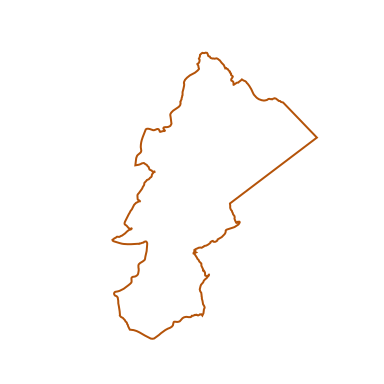 Turkana Central, Rift Valley, Kenya, rotated 53°
{"feature_id": "3690345B27917723778047", "entity_name": "Turkana Central", "entity_type": "district", "adm_level": 2, "iso_a3": "KEN", "parent_name": "Kenya", "parent_adm1": "Rift Valley", "projection": "mercator", "projection_center": [35.914, 3.132], "detail": "fine", "context": "isolated", "style": "outline", "palette": "amber", "viewbox_px": 384, "rotation_deg": 53, "n_neighbors": 0, "source": "geoboundaries", "source_scale": "gbopen_adm2", "svg_char_len": 6021}
<svg xmlns="http://www.w3.org/2000/svg" viewBox="0 0 384 384"><g transform="rotate(53 192 192)"><path d="M224.0,168.6L223.7,59.5L175.9,65.3L175.5,65.3L173.5,66.8L172.4,66.9L171.3,68.0L170.5,68.0L169.5,68.4L168.3,68.6L166.9,69.5L166.8,70.1L166.4,70.7L166.2,72.3L165.6,72.6L165.4,73.1L165.0,73.5L164.4,73.9L163.7,74.9L163.6,76.8L162.8,78.6L162.2,79.6L160.5,81.2L158.0,82.8L156.0,83.5L155.0,83.7L151.4,84.0L149.2,83.6L145.6,82.8L141.6,82.4L138.9,82.4L138.2,82.6L136.6,82.5L135.3,82.9L133.9,83.8L132.1,84.4L132.3,85.8L132.3,88.4L132.5,89.1L131.7,90.4L131.5,94.2L131.3,94.3L130.3,93.5L129.0,92.8L127.9,92.9L126.8,93.5L126.1,93.3L125.5,92.7L124.8,90.7L124.4,90.0L123.7,89.9L122.5,90.3L121.8,90.3L121.2,89.7L120.8,89.5L119.7,89.8L119.0,89.7L118.6,89.2L117.0,89.6L115.3,89.5L114.4,90.1L113.5,90.1L113.2,90.4L113.2,91.0L109.7,90.2L106.6,90.6L103.5,90.6L102.5,91.0L101.7,91.1L100.2,91.8L100.0,92.0L99.1,93.8L98.1,94.7L97.7,95.4L96.2,96.4L95.6,96.5L94.6,96.3L94.3,96.4L93.5,97.1L93.0,97.1L91.1,96.4L89.9,96.3L88.9,97.3L88.6,98.4L88.0,99.2L87.1,100.0L87.1,101.4L87.3,103.1L88.3,103.9L89.2,105.2L89.7,106.3L91.1,106.4L92.4,107.7L93.0,108.9L93.0,110.7L93.5,110.9L94.4,110.8L95.0,111.0L96.5,111.8L97.7,112.2L98.0,112.5L98.4,114.5L98.5,117.9L97.6,123.4L97.7,127.2L98.2,130.0L99.2,131.9L100.0,132.8L100.3,133.0L101.0,133.2L102.3,134.3L104.4,136.7L106.5,139.4L109.0,141.3L109.3,142.0L110.0,142.6L110.7,143.7L111.8,144.7L112.2,145.8L112.7,146.3L112.9,147.0L113.6,147.3L113.9,147.7L114.5,147.9L115.5,149.2L116.0,150.9L116.0,152.4L115.7,158.2L116.1,160.8L116.8,162.4L117.4,163.0L119.5,164.1L125.1,167.3L125.5,168.0L126.1,169.4L126.1,170.2L125.7,171.8L125.2,172.8L124.0,174.5L123.5,175.6L123.6,176.1L123.9,176.5L124.3,176.7L126.6,176.7L126.8,177.1L126.6,177.6L125.9,178.5L124.9,181.1L124.7,181.3L124.4,181.4L123.6,181.0L121.8,180.9L121.1,181.4L120.6,182.3L120.1,184.3L119.7,185.3L119.3,185.8L116.6,187.6L115.4,188.6L114.6,189.6L114.3,190.2L114.2,190.7L114.2,191.3L118.5,198.3L120.3,200.9L121.8,202.7L123.4,204.3L125.3,205.9L128.4,207.6L128.9,208.1L129.4,208.9L129.6,209.8L129.8,213.2L130.1,214.2L131.4,216.2L136.6,221.2L138.2,218.1L138.8,216.2L138.9,215.0L139.6,213.5L139.9,213.0L141.9,212.4L142.9,211.9L143.4,211.8L144.5,211.9L145.9,211.6L148.4,212.4L148.7,212.3L149.6,211.9L150.5,211.3L151.7,211.3L152.5,210.7L153.0,209.7L153.4,209.8L153.2,210.6L153.8,213.1L154.3,213.9L155.0,214.5L155.5,215.5L155.4,216.9L155.7,218.0L155.8,219.0L155.3,220.7L155.7,222.2L156.0,224.3L156.3,224.8L157.1,225.5L157.7,226.3L158.4,228.3L159.3,229.8L160.9,235.0L161.2,236.5L161.5,237.2L162.1,237.8L165.0,239.7L165.8,239.8L167.0,239.2L168.0,239.1L168.1,239.3L167.6,239.9L167.4,240.4L167.4,241.3L167.0,243.2L167.4,245.9L168.8,248.8L169.6,250.3L170.2,252.6L171.2,254.6L171.6,255.7L175.4,263.4L176.2,264.5L176.7,264.9L177.2,265.1L177.7,265.1L179.6,264.5L182.7,264.3L183.3,264.1L184.1,263.5L184.5,263.0L184.7,262.2L184.9,262.2L185.0,262.3L185.1,263.5L184.5,264.7L184.4,265.8L184.4,267.4L184.8,270.5L184.7,274.2L184.3,275.5L184.2,276.9L183.7,277.6L183.1,278.2L182.6,278.8L182.6,279.2L182.6,280.6L182.3,281.9L182.4,283.0L182.3,284.3L182.5,284.4L183.1,284.6L183.7,284.4L184.5,284.0L189.3,280.5L191.2,279.0L192.5,277.7L194.8,275.0L196.8,272.4L201.1,265.9L201.6,265.6L201.6,264.7L202.0,264.3L202.7,262.1L203.1,261.4L203.2,260.9L203.0,260.1L203.7,258.6L204.3,258.3L205.7,258.5L206.5,259.0L211.9,263.8L215.7,268.3L217.2,269.8L217.7,270.6L217.8,271.7L217.8,273.2L217.5,276.1L217.7,278.0L218.3,278.9L218.8,279.3L220.5,280.5L221.1,280.7L222.6,281.8L224.5,283.8L225.1,284.6L225.3,285.0L225.5,286.1L225.4,287.8L225.0,288.8L224.1,290.4L224.0,291.3L224.1,291.8L224.6,292.4L227.0,294.0L227.8,294.9L228.1,296.5L228.2,298.9L228.2,304.8L227.4,309.2L226.8,310.9L225.6,313.3L225.5,314.0L225.6,314.4L226.0,315.2L227.1,315.8L228.4,315.8L229.9,314.9L231.5,314.8L234.5,316.4L236.6,317.9L239.1,319.1L243.6,321.5L246.8,323.5L247.2,324.0L248.4,324.0L249.1,323.9L251.0,323.0L251.4,323.0L254.1,322.7L255.4,323.0L256.5,322.7L257.4,322.8L258.7,323.3L259.3,323.2L260.8,323.8L264.5,324.5L267.2,321.7L269.7,319.9L272.6,318.4L278.3,316.0L283.5,313.5L284.3,313.1L285.5,311.8L286.2,310.4L286.3,304.4L286.1,301.8L286.2,296.3L286.6,293.6L287.3,291.0L287.4,289.0L287.0,287.5L285.2,285.4L284.9,284.9L284.9,284.3L285.4,283.6L286.7,282.2L287.2,281.5L287.7,280.3L287.9,279.5L287.1,275.6L287.2,274.1L287.8,272.5L288.5,271.4L290.1,269.8L291.0,268.5L291.2,267.5L290.7,266.7L291.4,265.8L291.8,264.4L291.7,264.0L292.5,263.1L292.4,262.7L292.5,262.5L292.9,262.5L293.3,261.9L294.2,261.5L294.5,260.3L294.5,259.2L295.1,258.8L295.2,258.2L295.6,258.1L296.9,258.1L295.7,255.8L292.8,253.0L292.4,252.1L291.7,251.3L290.4,250.9L288.3,250.7L285.4,249.2L283.1,248.3L281.7,247.3L281.0,247.1L280.4,246.6L278.1,245.3L276.3,245.2L274.4,244.4L272.2,241.7L271.5,240.5L270.9,237.5L270.0,236.0L269.8,235.2L269.6,233.8L269.6,232.2L269.1,230.6L269.0,229.5L268.6,228.5L268.3,228.2L268.2,228.2L268.2,228.5L268.5,229.2L268.5,229.8L268.3,230.7L267.5,231.3L266.6,231.7L263.9,230.0L263.0,230.1L262.4,229.8L261.9,229.8L261.8,230.4L261.4,230.5L260.1,229.6L256.6,228.9L254.7,227.6L251.9,228.0L250.0,227.6L248.8,227.9L247.4,227.6L243.3,227.3L242.8,227.4L242.1,227.8L241.9,227.7L242.4,226.6L242.7,225.1L241.8,225.5L241.1,226.3L240.9,226.0L241.0,225.0L240.9,224.8L240.2,225.2L239.9,225.2L239.7,225.0L239.9,223.0L240.3,221.6L240.5,220.3L241.4,218.7L242.4,217.8L242.4,216.4L242.7,215.8L242.5,214.6L243.2,213.3L243.4,212.7L243.7,210.7L243.7,208.7L243.6,207.9L243.1,207.3L243.3,205.4L243.6,204.8L244.5,204.8L245.1,204.4L245.8,203.3L246.0,202.1L246.0,201.0L245.3,200.1L245.9,195.4L245.3,191.4L245.0,190.5L244.4,189.5L243.8,188.8L243.1,188.3L242.9,187.6L243.0,186.7L245.0,181.0L245.6,179.1L245.9,174.6L245.7,173.8L245.1,172.3L244.6,172.0L244.3,172.0L243.3,173.4L243.2,173.8L243.7,174.2L243.7,174.4L243.7,174.8L243.4,175.1L243.0,175.2L240.7,174.7L238.8,174.1L238.1,173.3L236.9,172.6L234.6,172.6L232.9,172.0L231.9,171.9L231.2,171.5L229.6,171.6L228.4,171.3L227.6,171.0L225.9,169.7L224.1,168.7L224.0,168.6Z" fill="none" stroke="#b45309" stroke-width="2"/></g></svg>